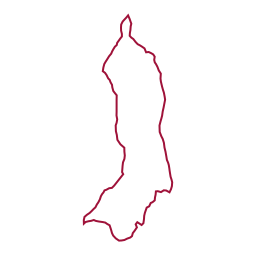 Urânia, São Paulo, Brazil (Equal Earth projection)
{"feature_id": "56859067B79716991712653", "entity_name": "Urânia", "entity_type": "district", "adm_level": 2, "iso_a3": "BRA", "parent_name": "Brazil", "parent_adm1": "São Paulo", "projection": "equal_earth", "projection_center": [-50.659, -20.197], "detail": "fine", "context": "isolated", "style": "outline", "palette": "rose", "viewbox_px": 256, "rotation_deg": 0, "n_neighbors": 0, "source": "geoboundaries", "source_scale": "gbopen_adm2", "svg_char_len": 2109}
<svg xmlns="http://www.w3.org/2000/svg" viewBox="0 0 256 256"><path d="M115.7,125.4L115.9,131.2L116.8,134.9L117.4,139.8L120.4,144.3L122.1,145.8L124.3,147.7L124.4,151.7L124.8,155.5L124.4,158.9L123.0,162.4L122.6,165.7L122.1,172.1L123.2,174.2L114.2,185.6L111.9,187.9L109.2,188.2L106.3,189.8L104.5,190.4L103.5,192.4L102.1,194.1L100.9,196.2L99.9,199.3L98.3,202.4L96.9,204.4L95.4,207.4L93.6,209.0L91.7,211.0L89.6,213.0L86.9,214.8L84.5,216.9L83.8,220.0L83.9,223.6L85.6,222.0L88.3,221.3L91.3,220.8L93.8,220.0L95.8,220.9L98.8,221.5L103.0,222.1L105.3,222.6L107.1,223.9L109.6,225.3L111.0,229.5L112.0,233.1L113.2,235.6L115.8,238.4L119.0,240.6L121.4,240.5L124.4,240.0L127.2,238.6L130.3,237.5L132.0,236.1L132.8,233.1L134.6,230.8L136.9,227.4L135.7,224.3L137.3,222.2L139.8,223.8L141.6,225.0L143.4,223.2L144.0,219.0L144.2,215.8L144.9,212.8L146.7,207.6L149.2,206.3L150.7,203.0L152.5,202.2L154.7,200.4L155.0,197.4L155.6,194.7L155.9,191.4L157.8,191.2L161.0,192.1L163.8,190.3L166.2,190.5L169.5,192.3L171.0,189.2L171.9,186.2L172.2,182.3L171.5,179.5L170.6,176.8L170.1,173.8L169.6,170.6L169.3,168.2L168.8,165.1L168.1,162.7L166.9,159.9L166.4,156.8L165.5,151.7L164.5,147.6L163.9,142.8L162.7,138.9L161.4,136.4L159.7,132.0L159.5,125.5L160.5,121.5L161.4,118.4L162.1,115.7L162.7,111.5L163.6,107.5L165.1,99.7L164.7,96.9L163.9,92.7L163.0,89.9L162.1,86.7L160.9,81.6L160.5,78.6L160.8,73.6L158.8,70.5L157.5,67.0L156.0,64.1L154.8,62.4L154.2,59.9L154.7,56.7L153.2,54.4L151.2,53.2L148.7,52.0L146.1,52.3L144.5,48.4L141.9,46.6L140.0,45.4L137.7,44.2L135.6,42.0L133.3,39.0L131.3,37.6L129.7,35.8L129.9,32.9L130.4,30.1L130.7,26.3L131.3,23.7L130.5,21.5L129.6,18.9L128.1,15.4L126.2,17.7L124.6,19.4L122.7,21.5L121.2,24.5L121.0,27.5L121.1,30.7L121.9,33.9L121.9,36.5L120.2,38.6L118.6,40.9L117.2,42.8L116.7,45.1L114.9,46.7L113.3,49.3L112.1,51.5L111.2,53.7L109.1,56.2L107.0,59.6L105.7,61.6L104.3,64.0L103.4,67.4L102.8,71.2L105.0,72.8L106.6,75.1L108.2,78.4L109.6,79.8L110.6,82.4L112.0,84.8L112.3,87.3L113.3,91.0L115.0,93.2L116.7,95.3L116.6,100.1L116.6,112.0L116.5,115.5L117.2,119.4L116.6,122.8L115.7,125.4Z" fill="none" stroke="#9f1239" stroke-width="2"/></svg>